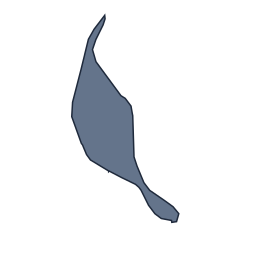 the district of Janjanbureh, Central River, Gambia, rotated 53°
{"feature_id": "56634734B22755125769096", "entity_name": "Janjanbureh", "entity_type": "district", "adm_level": 2, "iso_a3": "GMB", "parent_name": "Gambia", "parent_adm1": "Central River", "projection": "equal_earth", "projection_center": [-14.759, 13.54], "detail": "fine", "context": "isolated", "style": "filled", "palette": "slate", "viewbox_px": 256, "rotation_deg": 53, "n_neighbors": 0, "source": "geoboundaries", "source_scale": "gbopen_adm2", "svg_char_len": 770}
<svg xmlns="http://www.w3.org/2000/svg" viewBox="0 0 256 256"><g transform="rotate(53 128 128)"><path d="M229.7,149.8L230.3,148.7L232.0,145.6L227.0,139.0L218.0,139.4L207.9,142.5L190.9,148.2L181.2,148.2L163.8,143.7L154.7,140.6L121.0,116.8L118.7,115.7L112.3,112.4L102.6,112.4L100.3,113.3L97.9,114.2L55.8,113.7L44.0,109.2L38.0,100.4L30.7,85.9L27.0,80.6L24.0,78.8L24.2,79.5L28.7,95.6L30.0,98.6L33.3,106.2L43.6,118.8L43.8,119.0L46.4,122.2L53.1,130.4L74.1,156.8L76.7,159.0L85.1,166.1L112.2,174.5L114.2,174.5L116.8,175.2L124.3,177.1L130.4,177.2L131.0,177.2L150.7,169.3L151.1,169.6L151.0,169.0L163.8,162.9L177.5,155.9L181.8,155.0L185.5,155.0L201.6,158.0L201.9,158.1L212.6,158.1L220.3,155.9L228.0,148.9L229.7,149.8Z" fill="#64748b" stroke="#1e293b" stroke-width="1.5"/></g></svg>